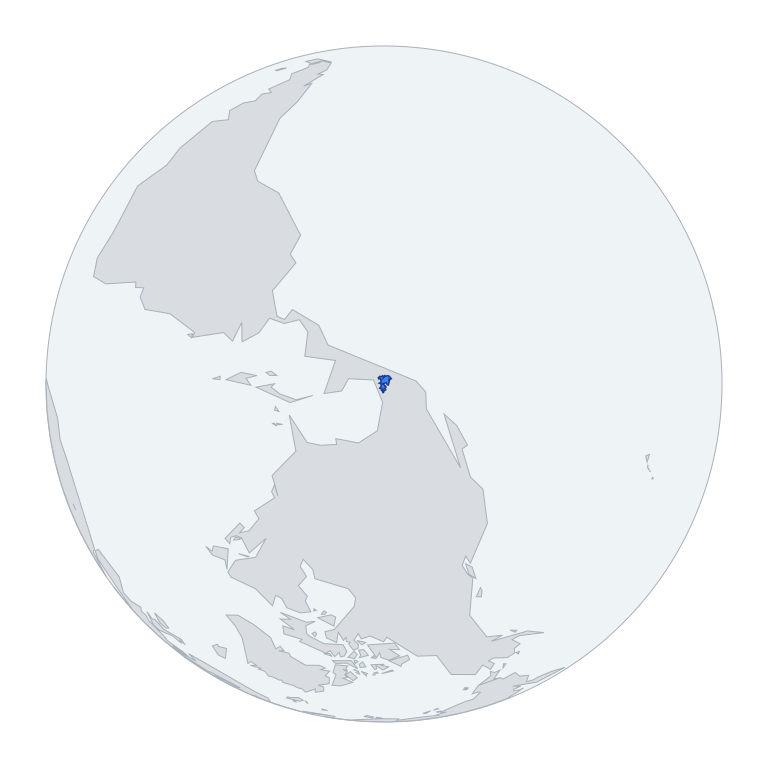 Puebla highlighted on a globe, orthographic projection, rotated 185°
{"feature_id": "MEX-2724", "entity_name": "Puebla", "entity_type": "State", "adm_level": 1, "iso_a3": "MEX", "parent_name": "Mexico", "parent_adm1": "", "projection": "orthographic", "projection_center": [-97.844, 19.359], "detail": "coarse", "context": "on_globe", "style": "filled", "palette": "blue", "viewbox_px": 768, "rotation_deg": 185, "n_neighbors": 0, "source": "natural_earth", "source_scale": "10m", "svg_char_len": 9460}
<svg xmlns="http://www.w3.org/2000/svg" viewBox="0 0 768 768"><g transform="rotate(185 384 384)"><circle cx="384" cy="384" r="338" fill="#eef3f6" stroke="#a8b0b8"/><path d="M62.3,486.9L63.1,489.4L63.1,489.5L62.3,486.9ZM496.5,442.2L488.7,439.6L481.8,450.2L454.2,436.9L443.1,417.9L352.4,389.8L341.7,379.6L339.6,362.8L300.4,307.1L321.6,359.3L308.0,349.1L295.5,330.4L300.6,326.0L289.7,298.7L276.3,287.9L268.8,254.1L282.3,213.0L287.7,219.7L290.3,210.0L283.6,201.4L278.6,198.4L278.5,161.0L259.4,141.0L244.1,144.1L254.7,137.0L219.4,150.5L203.0,150.3L227.3,145.1L234.2,140.6L225.9,137.1L231.2,131.9L230.3,127.6L237.4,122.1L251.0,120.6L255.8,117.3L249.7,115.2L253.0,109.1L261.2,112.5L267.7,102.5L291.7,100.5L308.0,118.1L327.1,115.8L359.1,132.0L362.0,127.2L375.9,131.7L384.4,128.1L387.9,133.1L391.6,126.2L386.8,122.4L386.8,118.3L391.3,116.2L396.6,121.8L395.1,123.7L399.0,124.3L399.7,128.2L402.0,125.1L407.9,132.8L408.8,122.3L419.2,126.1L421.2,132.1L412.1,135.1L394.3,159.8L393.6,168.6L401.7,176.9L435.8,184.0L438.7,192.9L449.2,202.3L451.7,195.1L444.4,185.5L451.7,175.6L441.9,166.0L443.5,161.0L437.0,150.7L447.6,148.7L461.4,152.7L467.3,161.6L473.5,164.0L475.7,153.3L494.2,168.8L519.5,178.2L523.2,183.2L516.5,195.5L496.8,200.1L488.0,220.0L503.5,204.0L512.6,218.4L518.2,220.0L523.3,217.9L523.7,211.5L528.9,216.3L515.5,232.9L510.7,228.7L514.9,223.2L505.7,226.0L496.8,239.0L502.1,246.2L483.0,261.2L486.6,266.9L484.4,273.9L480.0,263.5L487.5,283.1L465.9,309.3L475.7,344.9L455.5,319.0L441.8,317.4L425.9,319.7L427.3,325.4L404.4,323.0L386.5,336.8L383.8,365.8L394.8,387.1L419.8,386.2L425.5,373.4L442.9,369.3L434.4,403.2L465.3,404.7L464.4,429.2L474.0,440.7L488.5,435.6L503.8,439.5L513.2,423.9L529.1,413.6L531.1,433.0L538.6,413.6L548.3,421.3L579.0,413.8L577.1,418.8L603.1,435.3L628.6,437.5L634.5,449.4L631.7,458.9L639.9,458.5L640.0,464.0L669.8,459.5L682.7,465.7L680.6,484.6L666.7,512.0L646.6,559.9L619.5,583.2L607.6,601.5L577.8,630.6L562.1,633.7L561.5,643.0L548.5,651.7L536.9,654.9L530.6,662.4L521.7,664.5L524.6,667.7L504.3,679.1L503.0,684.9L486.7,693.0L486.2,695.9L482.2,696.5L476.5,698.5L474.0,700.4L464.5,699.3L468.4,691.9L476.8,687.0L471.6,687.0L490.0,673.8L482.2,677.2L494.6,658.0L510.9,639.6L531.7,585.1L527.3,574.9L505.6,565.2L480.0,524.8L488.7,505.2L482.3,497.0L503.3,467.1L496.5,442.2ZM113.4,337.0L115.1,329.2L117.0,335.1L113.4,337.0ZM114.3,323.9L114.0,326.7L113.8,324.2L114.3,323.9ZM112.8,321.8L113.9,323.3L112.4,322.3L112.8,321.8ZM110.6,319.9L111.9,320.5L111.7,320.8L110.6,319.9ZM476.0,357.3L511.2,369.7L493.2,374.7L496.2,371.0L486.9,365.0L470.2,360.6L453.8,366.4L476.0,357.3ZM108.1,314.6L107.6,313.0L109.0,312.9L108.1,314.6ZM487.5,335.5L481.5,334.9L487.1,334.0L487.5,335.5ZM275.5,198.1L282.9,202.0L287.0,212.1L280.2,209.3L275.5,198.1ZM268.5,180.4L273.5,180.2L270.1,189.5L268.3,186.7L268.5,180.4ZM231.9,148.2L236.9,149.9L230.2,150.2L231.9,148.2ZM228.9,128.0L225.8,129.4L226.6,126.7L228.9,128.0ZM431.6,152.6L434.3,151.7L434.1,154.0L431.6,152.6ZM426.3,149.2L424.2,152.7L421.4,151.6L422.8,149.5L426.3,149.2ZM238.2,116.0L240.6,111.7L240.6,115.7L238.2,116.0ZM429.6,145.4L416.7,149.4L411.8,147.6L412.8,138.4L429.6,145.4ZM243.5,109.1L248.9,99.7L242.4,101.6L263.8,91.9L252.1,102.5L253.1,106.8L248.5,106.3L243.5,109.1ZM383.2,122.2L388.6,126.1L379.9,125.0L383.2,122.2ZM377.7,122.6L351.0,126.8L345.4,120.7L355.4,120.1L344.7,114.5L355.1,109.3L363.3,111.3L364.9,116.1L367.6,110.6L377.7,122.6ZM274.8,88.6L278.1,86.5L277.2,88.5L274.8,88.6ZM386.1,116.6L381.2,117.7L375.9,112.4L384.8,109.2L383.6,111.9L386.1,116.6ZM336.8,115.9L334.5,111.8L342.2,106.3L342.4,104.1L354.8,108.7L336.8,115.9ZM387.1,112.1L389.4,107.9L396.0,108.6L390.5,115.2L387.1,112.1ZM370.9,112.4L368.8,109.9L372.8,110.2L370.9,112.4ZM420.7,110.2L415.0,110.9L411.8,108.1L420.7,110.2ZM389.8,106.3L387.5,106.1L385.6,105.3L388.4,102.9L389.8,106.3ZM359.4,104.8L363.1,103.7L354.7,102.6L360.2,99.0L367.5,102.9L366.6,99.7L368.3,98.7L372.4,103.2L359.4,104.8ZM385.4,98.0L396.6,102.7L408.0,101.5L411.2,103.9L392.4,105.5L385.4,98.0ZM377.4,100.6L383.1,99.4L384.2,102.6L381.0,105.4L377.4,100.6ZM361.2,95.3L351.0,99.8L349.7,98.9L361.2,95.3ZM388.5,97.0L385.7,95.9L389.2,96.5L388.5,97.0ZM369.4,94.9L365.9,96.5L364.6,95.4L369.4,94.9ZM383.1,92.8L386.7,94.1L384.7,95.9L383.1,92.8ZM376.6,93.2L375.7,91.3L381.7,95.7L375.3,94.1L376.6,93.2ZM368.7,93.6L366.8,93.5L370.3,93.1L368.7,93.6ZM388.9,85.8L397.0,91.0L392.5,94.6L385.1,89.0L388.9,85.8ZM478.5,702.1L464.4,700.3L473.2,700.9L484.1,696.7L489.8,698.6L478.5,702.1ZM508.6,690.2L518.4,686.6L519.3,687.0L512.8,689.7L508.6,690.2ZM604.3,127.7L604.2,127.7L605.7,129.0L617.9,140.1L615.3,138.0L626.3,150.7L653.7,184.7L657.3,192.9L654.3,194.4L630.9,168.7L625.4,153.4L617.1,145.6L606.7,140.4L606.0,136.7L601.1,133.1L597.9,127.9L582.1,114.5L577.1,109.3L560.0,99.1L555.2,95.5L566.7,102.3L572.0,104.8L558.4,94.6L552.5,91.1L542.5,85.7L540.0,84.3L532.1,80.5L518.9,74.2L528.3,79.2L516.8,74.7L502.9,69.0L500.8,68.8L523.4,78.3L530.9,81.6L534.7,82.6L556.5,94.2L563.6,99.1L547.1,91.6L555.2,98.3L538.8,90.9L487.9,67.2L472.2,61.0L469.2,57.2L479.1,59.9L485.1,62.2L489.6,63.0L484.4,61.4L482.3,60.7L470.8,57.5L468.8,56.9L461.2,55.3L457.4,54.3L462.3,55.3L442.0,51.1L437.8,50.4L463.8,55.6L489.4,62.9L514.3,72.2L538.3,83.4L561.5,96.4L583.5,111.2L604.3,127.7ZM427.3,48.9L426.9,48.8L424.2,48.5L427.3,48.9ZM414.5,47.5L413.3,47.4L404.9,47.1L400.8,46.7L403.3,46.7L403.0,46.6L414.5,47.5ZM400.6,46.5L400.9,46.6L397.0,46.6L395.0,46.3L395.5,46.4L392.2,46.3L385.2,46.1L386.7,46.6L356.8,50.4L340.2,51.6L341.8,50.1L316.6,55.7L299.9,58.8L303.2,58.7L293.3,62.7L298.4,61.6L299.2,62.0L276.1,74.4L267.6,77.8L261.3,85.1L263.0,85.4L269.0,83.1L263.8,91.9L242.4,101.6L239.7,100.4L228.1,108.1L223.6,104.8L214.5,106.4L216.3,99.8L208.9,102.5L205.2,105.4L192.5,112.1L179.0,117.5L206.2,100.2L229.6,94.2L221.5,94.9L228.2,91.3L228.2,89.7L222.1,91.2L218.4,93.4L233.4,81.8L231.0,82.7L253.8,72.2L277.2,63.4L301.3,56.4L325.8,51.1L350.6,47.7L375.6,46.2L400.6,46.5ZM720.7,354.7L720.9,360.0L718.7,353.4L706.1,321.3L701.8,300.3L693.6,281.7L658.1,194.7L658.9,191.3L644.0,168.1L659.6,188.4L673.6,209.8L685.9,232.3L696.6,255.6L705.4,279.6L712.4,304.2L717.5,329.3L720.7,354.7ZM680.0,231.6L683.3,237.4L680.0,231.6ZM579.9,413.3L583.8,416.2L579.1,417.5L579.9,413.3ZM491.7,383.2L498.6,382.6L502.6,385.2L497.5,386.9L491.7,383.2ZM547.8,374.0L555.3,374.3L547.9,377.4L547.8,374.0ZM516.5,371.1L541.8,374.6L527.4,383.2L511.3,381.3L521.9,377.7L516.5,371.1ZM486.3,347.5L490.8,348.3L490.1,352.1L486.3,347.5ZM491.5,334.9L489.9,335.5L487.2,332.8L491.5,334.9ZM513.3,217.4L514.6,216.3L520.3,215.5L518.6,218.6L513.3,217.4ZM539.7,198.5L547.4,206.7L540.7,202.5L539.9,207.8L524.8,206.3L524.3,185.7L527.2,195.0L539.7,198.5ZM504.5,199.9L514.2,202.3L503.6,200.5L504.5,199.9ZM577.2,122.1L579.8,121.8L586.5,126.7L592.7,136.0L583.1,128.6L577.2,122.1ZM582.0,120.5L563.9,112.0L559.3,106.9L564.9,111.0L563.7,108.4L572.4,114.6L585.8,119.0L592.6,123.9L600.3,136.6L594.1,129.4L591.9,129.7L582.0,120.5ZM525.7,108.1L517.8,106.8L518.1,96.9L525.4,99.5L532.1,108.1L527.3,110.2L525.7,108.1ZM433.9,129.2L430.8,131.0L429.3,129.2L430.7,126.2L433.9,129.2ZM418.3,110.7L445.6,120.2L443.5,122.5L462.0,126.4L463.7,134.3L451.7,131.3L466.8,140.9L456.6,141.4L467.5,147.5L440.5,139.9L431.9,141.5L440.8,136.5L439.5,129.1L436.4,126.3L421.1,120.1L402.0,120.7L397.7,114.3L399.7,109.6L403.6,108.4L405.2,112.8L409.3,108.1L414.6,113.7L418.3,110.7ZM425.7,70.9L425.9,74.3L435.0,70.2L440.3,73.9L441.1,73.2L448.5,75.8L458.8,78.0L459.9,80.0L463.4,80.1L468.4,82.2L473.6,83.1L477.4,87.3L484.1,89.0L482.1,90.1L492.6,92.1L486.5,92.6L492.4,96.0L495.2,93.7L503.1,118.6L511.1,130.2L521.1,140.1L509.3,140.9L492.4,132.8L474.8,121.4L468.8,110.8L464.5,113.6L460.4,109.6L465.5,109.0L455.2,107.6L453.1,104.3L437.5,97.0L423.9,98.1L417.8,95.9L422.1,93.9L413.1,93.2L417.1,88.1L412.8,86.6L412.5,80.6L423.3,78.3L417.7,76.9L417.3,72.8L425.7,70.9ZM389.2,84.1L400.8,79.4L409.5,79.4L406.4,90.1L409.7,92.2L408.0,100.0L395.5,100.0L397.1,97.6L395.8,95.4L400.2,96.3L395.7,94.0L397.8,90.9L394.8,88.4L399.4,87.4L389.2,84.1ZM635.0,157.7L635.5,158.3L629.3,151.7L627.0,149.2L630.4,152.7L635.0,157.7ZM620.0,142.3L626.4,148.6L623.9,146.2L620.0,142.3ZM564.0,100.1L560.8,97.8L562.7,98.7L567.1,101.5L564.0,100.1ZM453.9,62.8L452.6,63.9L450.3,63.4L441.6,64.1L437.0,61.9L440.4,60.6L453.9,62.8ZM447.4,60.5L444.4,60.9L443.9,59.6L447.4,60.5ZM433.1,60.4L431.7,58.8L435.4,61.7L433.1,60.4ZM403.4,48.5L420.7,49.3L430.0,49.9L430.5,49.4L437.3,51.0L422.9,50.1L403.4,48.5ZM363.0,49.9L362.7,51.2L357.9,51.2L357.3,50.9L363.0,49.9ZM366.3,50.3L375.1,51.1L371.8,52.3L365.4,51.3L366.3,50.3ZM411.8,53.8L417.3,54.0L417.5,54.9L411.8,53.8ZM63.1,489.5L62.3,487.3L62.3,486.9L63.1,489.5ZM275.3,86.5L277.9,86.5L274.1,87.9L275.3,86.5ZM302.2,61.4L302.7,62.1L298.3,63.3L302.2,61.4ZM301.6,65.1L306.3,63.2L303.0,65.4L301.6,65.1ZM316.5,59.3L309.0,62.5L313.7,59.3L316.5,59.3Z" fill="#d9dde1" stroke="#a8b0b8" stroke-width="1"/><path d="M379.0,387.2L379.6,383.4L380.5,383.5L382.1,385.5L385.2,384.2L384.0,383.5L382.9,381.9L382.3,382.1L381.7,381.1L382.6,379.7L381.7,378.4L383.3,377.2L383.8,375.4L384.4,375.4L384.7,376.6L385.6,377.2L384.4,377.7L384.4,378.6L385.5,379.5L386.4,378.7L387.9,379.5L387.0,380.8L386.5,382.7L386.9,383.3L386.4,383.5L388.8,384.4L387.2,385.2L387.4,386.7L386.9,387.8L388.0,388.2L388.2,389.1L389.8,388.7L390.2,389.7L388.8,391.3L387.3,391.0L386.2,392.1L385.1,391.0L385.3,389.9L384.2,391.1L384.6,392.0L383.9,392.5L383.5,391.8L381.2,392.6L379.2,392.1L377.2,389.9L378.5,389.1L379.3,389.5L378.9,387.9L379.4,387.9L379.0,387.2Z" fill="#3b82f6" stroke="#1e3a8a" stroke-width="1.5"/></g></svg>